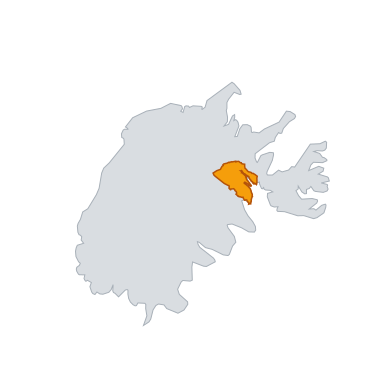 Húnaþing vestra, Norðurland vestra, Iceland shown in context, rotated 147°
{"feature_id": "244011B78038893235430", "entity_name": "Húnaþing vestra", "entity_type": "district", "adm_level": 2, "iso_a3": "ISL", "parent_name": "Iceland", "parent_adm1": "Norðurland vestra", "projection": "mercator", "projection_center": [-20.962, 65.308], "detail": "fine", "context": "in_parent", "style": "filled", "palette": "amber", "viewbox_px": 384, "rotation_deg": 147, "n_neighbors": 0, "source": "geoboundaries", "source_scale": "gbopen_adm2", "svg_char_len": 8690}
<svg xmlns="http://www.w3.org/2000/svg" viewBox="0 0 384 384"><g transform="rotate(147 192 192)"><path d="M281.1,116.3L284.1,116.5L288.9,114.3L295.8,107.9L298.8,106.5L305.4,106.5L297.3,112.7L294.3,119.5L292.0,122.8L292.1,124.3L297.8,128.4L300.5,127.0L301.7,127.5L302.8,129.5L303.6,133.3L303.1,137.2L301.4,141.2L299.2,144.5L299.5,145.5L301.3,146.1L310.7,144.1L311.7,148.9L312.6,150.5L312.3,152.2L308.6,157.3L313.0,154.1L316.4,153.2L322.4,154.8L324.8,156.7L326.2,159.9L329.2,158.9L330.5,160.8L330.6,162.8L329.2,168.2L325.7,170.9L327.8,174.9L329.6,174.9L329.9,175.8L329.7,178.2L327.0,180.9L331.5,183.9L332.0,185.0L331.8,188.5L331.0,190.4L329.6,191.6L326.4,191.8L324.5,193.1L325.1,195.2L324.5,201.0L322.0,205.7L319.6,208.2L317.2,209.8L310.8,208.0L311.1,212.1L308.8,214.6L309.2,216.7L310.0,217.7L309.6,220.4L306.7,225.9L304.6,227.7L300.5,229.8L294.5,234.8L288.5,234.7L273.7,241.8L267.9,245.7L257.4,257.1L253.0,260.1L245.5,261.5L222.8,268.9L220.3,273.4L220.2,274.3L221.2,276.0L219.5,279.2L216.0,281.4L214.4,281.4L211.6,279.5L211.3,280.4L212.4,282.8L201.3,286.6L186.0,284.6L172.5,279.1L161.7,278.0L154.1,270.4L153.9,269.2L154.7,266.9L157.5,265.9L156.2,263.6L151.6,267.6L150.1,267.5L148.1,265.9L148.1,264.3L144.2,263.7L137.6,258.8L137.1,257.7L138.7,256.1L138.4,255.7L134.8,256.0L129.6,260.5L98.7,262.3L97.7,259.9L96.4,251.1L97.5,247.3L98.8,247.7L102.4,252.7L110.7,249.9L114.0,248.0L117.1,243.2L118.9,241.6L121.4,235.5L124.0,231.7L129.2,229.9L124.5,228.8L116.7,233.7L114.1,233.7L115.3,231.6L118.0,229.1L116.2,229.0L115.5,227.9L115.4,225.5L116.7,221.8L126.0,215.1L123.8,213.9L117.4,219.0L112.8,220.7L109.0,218.4L107.1,215.3L107.3,213.9L109.5,209.9L109.1,209.1L107.6,208.7L103.5,205.0L97.0,205.4L80.9,203.2L68.8,208.4L65.9,206.0L63.5,200.9L64.0,198.9L66.1,197.8L72.0,197.9L80.8,195.5L84.7,192.5L86.3,193.2L87.0,194.7L92.4,192.4L95.3,189.8L100.1,191.1L118.2,189.7L120.6,186.2L121.5,182.0L121.1,181.2L114.4,185.0L112.9,184.9L105.2,182.9L102.4,180.6L103.3,178.8L107.4,174.8L117.9,168.2L119.3,166.8L119.5,165.2L115.3,162.4L107.5,163.2L105.5,159.8L99.0,157.8L94.6,159.0L92.3,157.0L66.7,167.7L58.4,162.8L52.5,162.0L52.0,160.4L55.4,155.7L57.8,154.8L60.2,155.3L64.7,158.6L67.8,159.6L63.9,154.8L63.7,150.1L62.5,148.9L61.3,145.8L61.8,144.8L66.5,145.5L74.0,150.8L77.7,149.9L82.5,146.4L71.7,144.5L68.5,140.2L70.8,138.0L76.4,138.3L70.2,130.9L69.9,129.6L70.9,126.4L78.7,129.2L74.6,124.8L74.5,123.9L75.6,123.1L76.3,120.3L78.2,119.3L82.1,120.2L88.2,125.3L89.1,126.7L89.3,131.9L91.7,131.1L94.6,131.8L96.9,128.3L98.5,129.1L99.8,132.2L99.7,139.1L101.3,136.7L104.1,136.5L104.6,130.9L104.0,126.3L94.8,121.1L91.2,117.3L91.6,116.0L93.4,114.8L103.0,113.9L98.9,111.6L97.9,109.3L90.5,110.2L86.8,109.2L86.7,108.1L88.2,106.3L92.7,102.7L101.1,102.4L104.5,103.4L111.1,111.3L116.3,114.5L125.1,125.1L130.7,129.1L130.9,130.2L130.0,131.4L127.9,132.8L131.2,134.6L133.2,137.3L133.3,138.5L131.5,146.9L129.4,149.7L124.2,148.1L125.5,150.8L129.2,153.6L130.0,155.2L129.5,156.7L131.2,156.3L131.8,157.1L131.0,161.9L130.0,163.6L133.1,164.5L135.2,166.9L137.8,176.4L139.2,169.1L139.9,166.4L141.2,165.4L142.7,157.9L146.1,153.5L149.4,151.9L152.7,157.1L155.1,157.6L157.6,148.4L158.0,141.6L157.2,134.0L157.6,128.6L159.3,125.4L161.5,124.4L166.1,127.6L170.0,135.1L175.8,143.3L179.9,145.3L180.6,145.0L181.3,142.4L180.7,131.7L182.6,126.0L187.4,124.6L194.7,119.3L196.4,119.1L200.0,122.2L206.4,133.0L211.0,138.0L213.4,145.9L214.5,147.4L215.4,144.9L215.6,141.4L210.0,124.9L209.9,122.6L210.5,120.8L220.5,121.7L222.7,123.5L229.6,133.0L233.0,129.1L239.8,117.9L242.1,118.3L247.9,122.8L250.2,122.4L257.0,118.3L258.4,113.1L255.5,102.3L256.7,100.1L263.0,97.4L269.8,98.0L276.7,108.0L277.0,112.6L281.1,116.3Z" fill="#d9dde1" stroke="#a8b0b8" stroke-width="1"/><path d="M164.0,196.4L164.4,194.2L164.0,192.6L160.3,181.6L157.9,177.4L157.6,177.3L157.6,176.8L157.6,176.6L158.7,175.3L158.6,175.2L158.9,174.6L158.8,174.4L158.6,173.9L158.7,173.5L158.6,173.3L158.6,173.1L158.5,172.9L158.3,172.8L157.8,173.1L157.7,173.1L157.8,173.2L157.7,173.3L155.7,172.2L155.3,172.1L155.1,171.6L155.1,170.8L154.9,170.3L155.2,169.8L155.2,169.7L155.1,169.4L154.9,169.0L154.7,168.3L154.8,167.9L154.9,167.4L155.2,167.0L155.2,166.9L155.3,166.6L156.3,166.2L156.2,165.9L156.1,165.5L156.1,165.2L156.0,164.9L155.8,164.2L155.8,163.8L155.8,163.7L155.6,163.6L155.7,163.4L155.4,163.1L155.4,162.9L155.2,162.8L155.2,162.7L154.9,162.3L154.9,162.2L153.9,161.5L153.7,161.0L153.4,160.7L152.6,160.0L152.0,159.8L152.0,159.7L152.3,159.0L152.4,157.7L152.4,157.2L152.3,156.9L152.4,156.7L152.0,156.5L152.1,156.3L152.0,156.2L151.6,156.2L150.7,155.8L150.5,155.6L150.4,155.3L150.5,155.2L150.7,154.2L150.7,153.9L150.6,153.6L150.7,153.4L150.6,153.1L150.5,152.9L150.4,152.7L150.5,152.5L150.5,152.4L150.5,152.1L150.5,151.9L150.6,151.5L150.7,151.3L150.8,151.2L150.0,151.2L149.9,150.9L150.0,150.8L149.9,150.8L149.9,150.7L149.5,150.3L149.4,150.6L149.2,150.9L149.1,151.0L148.8,151.0L148.7,150.9L148.7,150.7L148.3,151.1L148.1,151.3L148.0,151.5L147.9,151.7L147.8,151.8L147.6,151.7L147.2,152.1L147.2,152.3L146.9,152.6L146.8,152.8L146.7,153.0L146.4,153.2L146.3,153.6L146.1,153.6L145.8,153.8L145.8,153.7L145.7,153.9L145.3,154.4L144.9,154.6L144.6,154.9L144.5,155.1L144.3,155.2L144.1,155.2L144.1,155.3L143.9,155.4L144.0,155.5L143.7,155.7L143.4,156.4L143.1,156.6L143.0,156.8L142.9,156.9L142.6,157.4L142.6,157.6L142.7,158.0L142.4,158.9L142.5,159.0L142.4,159.4L142.2,159.8L142.2,160.1L141.9,160.5L141.7,161.3L141.7,161.8L141.5,162.3L141.4,162.6L141.4,163.1L141.4,163.6L141.6,164.1L141.6,164.4L141.6,164.6L141.7,164.9L141.7,165.1L141.7,165.4L141.8,165.5L141.7,165.7L141.7,166.0L142.0,166.8L142.2,167.1L142.4,167.8L142.4,168.1L142.5,168.3L142.4,168.5L142.5,168.5L142.7,169.0L142.8,169.1L142.9,169.6L143.4,170.7L143.4,171.1L143.2,171.3L142.8,171.4L142.4,171.5L142.2,171.3L142.2,171.2L141.9,170.8L141.9,170.6L141.6,170.1L141.2,169.5L141.2,169.2L141.1,168.9L141.0,168.6L140.8,168.2L140.7,167.9L140.7,167.7L140.4,166.8L140.3,166.6L140.2,166.3L140.1,166.0L140.1,165.8L140.1,165.7L139.7,165.0L139.6,164.8L139.4,164.7L138.7,165.2L138.7,165.4L138.8,165.5L138.9,165.8L139.0,166.1L138.9,166.3L139.0,166.5L139.0,167.2L138.9,167.6L138.9,167.8L139.0,168.0L138.9,168.0L139.0,168.6L139.0,168.8L139.0,169.0L139.0,169.4L139.1,170.0L139.1,170.3L139.2,170.8L139.3,171.3L139.3,171.5L139.3,171.8L139.4,172.2L139.4,172.9L139.3,173.1L139.1,173.4L139.2,173.6L139.1,173.9L138.9,174.2L138.9,174.3L138.6,174.6L138.7,174.8L138.6,175.0L138.8,175.3L138.4,175.8L138.5,175.9L138.5,176.0L138.2,176.3L138.3,176.5L138.3,176.8L138.3,177.1L138.6,177.2L138.7,177.4L138.7,177.6L138.7,177.8L138.8,178.0L138.9,178.3L139.4,180.4L139.5,181.1L139.4,181.4L139.5,181.5L139.4,181.6L139.5,181.6L139.4,181.7L139.5,181.9L139.5,182.1L139.5,182.8L139.4,182.9L139.5,183.1L139.3,183.0L139.2,183.1L138.8,183.1L138.7,182.9L138.8,182.2L138.7,181.9L138.8,181.6L138.7,181.4L138.8,181.1L138.6,180.6L138.7,180.3L138.6,180.2L138.6,179.9L138.8,179.9L138.7,179.8L138.6,179.6L138.4,179.1L138.0,178.7L137.8,178.2L137.7,178.1L137.6,177.8L137.6,177.7L137.8,177.5L137.6,177.4L137.5,177.1L137.2,176.5L136.9,176.0L136.9,175.9L137.1,175.9L136.9,175.7L137.0,175.5L136.7,175.2L136.8,175.0L136.9,174.8L136.4,174.7L136.2,174.5L136.1,174.2L136.0,173.8L136.2,173.4L136.2,173.1L136.4,173.0L136.4,172.9L136.5,172.5L136.5,172.4L136.5,172.1L136.4,171.9L136.5,171.3L136.5,171.1L136.5,170.9L136.5,170.7L136.3,170.6L136.3,170.4L136.4,170.1L136.3,169.9L136.3,169.6L136.2,169.6L136.2,169.3L136.3,169.1L136.2,168.9L136.4,168.8L136.3,168.6L136.2,168.0L136.0,167.9L135.9,167.8L136.0,167.7L135.7,167.3L135.7,167.1L135.9,167.0L135.9,166.9L136.0,166.5L136.1,166.4L136.1,166.2L135.9,165.9L135.9,166.2L135.7,166.3L135.5,166.1L135.6,165.7L135.4,165.8L135.3,165.7L135.2,165.7L135.1,165.3L134.9,165.4L134.8,165.2L134.8,164.9L134.4,164.7L134.2,164.5L134.1,164.4L134.2,164.1L134.2,163.8L134.0,163.6L133.9,163.1L133.3,163.5L132.9,164.2L132.2,164.8L131.1,166.6L130.5,167.5L130.1,168.3L128.7,169.7L129.8,172.8L130.2,173.4L130.6,174.4L131.6,174.9L131.7,176.1L132.2,176.5L132.4,177.1L132.5,177.2L132.9,177.5L133.5,178.0L133.8,178.8L133.9,179.2L134.0,179.6L134.0,180.2L134.2,181.6L134.4,182.5L134.6,182.9L134.6,183.1L133.8,184.9L132.7,186.6L134.1,187.8L135.0,188.9L135.0,189.0L134.9,189.2L134.7,189.7L135.5,190.4L135.8,190.9L135.9,191.6L136.1,192.2L136.2,192.3L138.2,193.4L138.4,193.9L138.7,193.9L138.8,194.0L139.0,193.9L139.1,193.7L139.5,194.4L141.1,195.0L141.8,195.4L142.2,195.4L142.3,195.6L142.4,195.8L142.6,196.0L143.0,196.0L143.3,196.1L143.5,196.1L144.0,196.4L144.4,196.2L144.6,196.4L144.6,196.5L144.9,196.8L145.1,196.8L145.3,197.0L146.6,197.0L150.0,198.2L151.2,198.0L151.4,197.2L152.6,197.2L154.0,196.6L155.8,195.5L159.6,196.4L164.0,196.4ZM136.6,173.4L136.4,173.2L136.6,173.4Z" fill="#f59e0b" stroke="#b45309" stroke-width="1.5"/></g></svg>